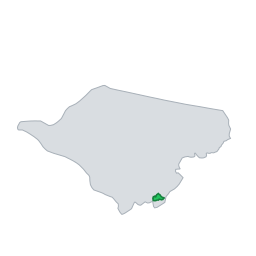 location of Al-Haffa, Lattakia, Syria, rotated 226°
{"feature_id": "27442178B95231031847739", "entity_name": "Al-Haffa", "entity_type": "district", "adm_level": 2, "iso_a3": "SYR", "parent_name": "Syria", "parent_adm1": "Lattakia", "projection": "equal_earth", "projection_center": [36.135, 35.638], "detail": "fine", "context": "in_parent", "style": "filled", "palette": "green", "viewbox_px": 256, "rotation_deg": 226, "n_neighbors": 0, "source": "geoboundaries", "source_scale": "gbopen_adm2", "svg_char_len": 3677}
<svg xmlns="http://www.w3.org/2000/svg" viewBox="0 0 256 256"><g transform="rotate(226 128 128)"><path d="M52.0,91.7L53.8,91.9L57.7,94.5L58.3,94.4L59.5,91.1L60.6,89.9L63.0,89.0L63.6,83.6L64.7,82.6L66.1,82.0L68.1,81.9L69.9,81.6L70.0,80.7L67.5,74.5L67.7,72.9L68.9,66.7L69.7,64.3L70.4,63.5L73.3,63.8L77.2,64.9L78.3,66.7L80.2,68.3L83.1,68.2L86.5,68.5L89.1,68.6L91.2,67.5L95.9,65.4L98.3,64.7L100.4,63.8L107.2,60.4L110.0,60.6L111.8,61.1L113.3,61.6L116.5,63.9L119.2,66.3L121.1,67.0L124.5,66.9L129.3,67.4L135.3,67.3L138.8,66.7L143.2,65.5L151.1,62.8L161.4,57.0L167.5,54.1L170.1,53.8L173.5,53.8L177.0,54.5L180.9,55.0L182.7,55.0L186.9,54.4L192.3,53.2L195.7,52.3L199.9,50.7L202.4,48.1L203.2,47.8L204.3,48.3L204.8,48.5L205.9,50.0L207.1,53.8L207.1,54.2L206.9,55.3L204.3,58.5L200.7,62.8L198.2,65.5L193.8,70.0L190.5,71.0L184.9,72.7L183.5,74.3L182.1,76.8L181.4,80.4L181.2,82.6L181.1,86.7L182.5,91.0L183.9,95.1L184.1,97.9L184.0,100.6L182.9,103.4L181.6,107.4L181.0,111.9L180.7,120.2L180.9,127.4L180.8,128.6L178.5,133.6L175.9,139.5L174.7,140.9L168.8,142.7L162.3,147.0L155.1,151.9L148.5,156.3L141.6,160.9L134.4,165.7L129.3,169.2L122.4,173.8L116.1,178.2L109.8,182.6L104.9,186.0L97.6,191.4L93.3,194.6L86.9,199.2L81.3,203.3L74.7,208.2L66.3,206.7L63.7,205.9L61.5,203.6L59.9,202.4L56.0,201.1L53.5,196.8L51.9,195.2L49.3,194.5L50.4,191.7L50.6,189.9L51.8,187.7L51.1,186.2L50.7,183.1L50.2,182.4L50.1,181.5L50.4,180.5L50.3,179.5L49.8,179.1L49.6,177.5L49.3,176.4L49.5,175.0L50.0,174.1L50.6,172.4L51.3,171.8L52.5,170.7L52.7,169.6L53.7,168.5L55.1,167.6L55.4,166.8L55.2,166.4L53.8,165.6L53.1,164.2L53.8,162.1L54.2,161.4L55.0,160.4L56.8,158.8L58.2,158.6L59.4,158.6L61.5,158.7L63.1,159.0L63.5,158.6L63.4,158.1L61.4,156.8L61.3,155.8L61.8,154.7L63.2,153.0L64.9,151.8L65.7,151.6L67.6,149.0L68.8,146.2L66.8,139.4L65.6,138.3L63.7,137.4L62.6,137.2L62.5,136.8L64.0,135.1L65.1,133.6L63.9,132.1L61.8,131.5L61.0,132.9L58.2,133.1L54.0,133.1L52.1,125.9L51.8,122.8L51.9,119.2L53.2,113.9L52.6,111.5L52.5,109.9L52.2,107.6L48.9,102.8L50.7,93.9L52.0,91.7Z" fill="#d9dde1" stroke="#a8b0b8" stroke-width="1"/><path d="M60.1,97.0L59.9,97.0L59.6,97.0L59.5,96.9L59.4,96.7L59.2,96.3L59.1,96.2L58.8,96.0L58.7,95.9L58.5,96.0L58.2,95.8L58.0,96.0L57.9,96.1L57.6,96.2L57.5,96.3L57.4,96.4L57.4,96.5L57.2,96.8L57.0,97.0L56.9,97.0L56.7,97.3L56.4,97.5L56.3,97.8L56.4,98.0L56.2,98.3L56.1,98.6L56.0,98.8L55.9,98.9L55.8,99.0L55.7,99.1L55.5,99.3L55.4,99.5L55.2,99.6L55.0,99.8L54.9,99.9L54.9,100.0L55.0,100.2L55.0,100.3L55.1,100.6L55.2,100.8L55.2,101.0L54.9,101.2L54.7,101.2L54.5,101.4L54.4,101.5L54.2,101.6L54.0,101.8L53.9,101.8L53.6,101.9L53.5,102.0L53.4,102.1L53.2,102.2L53.2,102.3L52.9,102.4L52.9,102.6L52.8,102.8L52.7,103.1L52.4,103.3L52.3,103.5L52.4,103.8L52.5,103.8L52.5,104.1L52.6,104.4L52.7,104.5L52.7,104.8L52.6,105.0L52.5,105.4L52.9,105.5L53.1,105.4L53.2,105.2L53.4,105.1L53.5,104.9L53.8,104.7L54.0,104.6L54.3,104.6L54.5,104.6L54.8,104.4L55.1,104.3L55.3,104.2L55.5,104.2L55.6,104.3L55.8,104.3L56.0,104.3L56.3,104.4L56.7,104.4L57.0,104.4L57.1,104.5L57.3,104.5L57.5,104.6L57.9,104.6L58.0,104.5L58.3,104.5L58.4,104.4L58.5,104.4L58.9,104.3L59.1,104.3L59.4,104.3L59.9,104.3L59.9,104.2L59.9,103.9L59.9,103.7L59.9,103.4L59.9,102.9L60.1,102.7L60.1,102.4L60.0,101.9L59.8,101.6L59.8,101.2L59.9,100.9L60.0,100.5L60.0,100.3L59.8,100.3L59.8,100.2L59.7,100.2L59.8,100.1L59.7,99.9L59.5,99.7L59.7,99.3L59.7,99.2L59.7,99.3L59.8,99.4L59.7,99.4L59.8,99.4L59.8,99.5L60.0,99.6L60.3,99.5L60.4,99.4L60.4,99.2L60.4,99.3L60.4,99.2L60.5,99.1L60.4,99.2L60.5,99.3L60.5,99.5L60.4,99.6L60.5,99.6L60.6,99.4L60.6,99.0L60.5,98.9L60.6,98.6L60.7,98.4L60.6,98.2L60.8,98.2L60.6,97.8L60.6,97.7L60.2,97.4L60.1,97.0Z" fill="#22c55e" stroke="#15803d" stroke-width="1.5"/></g></svg>